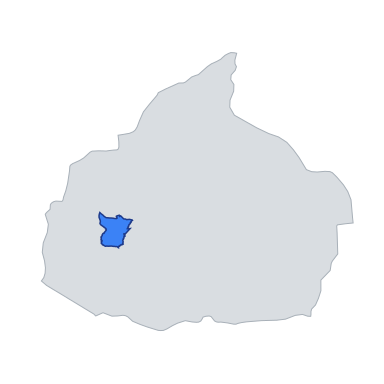 location of Mberengwa, Midlands, Zimbabwe, rotated 85°
{"feature_id": "62879985B72104982716343", "entity_name": "Mberengwa", "entity_type": "district", "adm_level": 2, "iso_a3": "ZWE", "parent_name": "Zimbabwe", "parent_adm1": "Midlands", "projection": "equal_earth", "projection_center": [30.19, -20.689], "detail": "fine", "context": "in_parent", "style": "filled", "palette": "blue", "viewbox_px": 384, "rotation_deg": 85, "n_neighbors": 0, "source": "geoboundaries", "source_scale": "gbopen_adm2", "svg_char_len": 5964}
<svg xmlns="http://www.w3.org/2000/svg" viewBox="0 0 384 384"><g transform="rotate(85 192 192)"><path d="M267.5,349.8L264.4,347.1L260.1,345.4L254.7,344.6L247.7,344.9L239.0,346.4L229.7,344.6L219.8,339.7L211.6,337.9L201.7,340.1L201.3,340.1L199.6,338.5L196.9,334.9L192.4,334.2L191.2,333.4L190.2,332.0L189.5,330.3L189.2,328.4L190.0,322.5L189.6,321.8L188.4,321.1L185.9,320.4L180.0,317.7L172.5,315.1L160.4,312.2L155.7,311.4L154.6,310.6L153.3,308.4L150.9,301.5L148.7,297.0L143.4,290.0L142.6,287.9L142.8,282.3L143.2,277.9L143.7,274.0L143.5,270.5L143.4,266.1L143.5,263.1L142.8,261.8L140.9,260.9L135.5,260.5L129.0,260.7L128.7,256.2L128.1,249.2L126.8,245.2L125.3,243.1L122.3,240.9L116.2,238.0L107.9,233.4L100.8,226.7L92.6,218.4L90.1,216.9L87.0,209.1L82.3,195.6L82.6,191.1L81.9,188.9L77.4,182.3L76.4,178.9L75.6,175.4L68.4,165.7L66.0,161.5L64.1,156.0L62.2,151.7L60.7,149.9L58.6,147.0L57.2,143.6L56.5,141.1L57.0,137.7L57.7,135.4L64.4,137.8L68.1,138.0L71.0,136.8L74.6,138.4L78.8,142.8L83.5,143.6L88.5,140.9L95.2,141.7L103.8,146.1L110.8,147.0L119.2,143.1L126.6,132.3L133.6,122.1L140.5,110.4L144.7,101.0L150.8,93.2L158.8,87.3L167.1,82.3L179.7,76.1L182.2,71.0L183.0,65.5L183.0,57.8L183.7,52.8L185.0,50.5L187.1,48.7L189.8,46.4L198.1,40.5L205.1,36.8L213.6,34.3L222.9,34.3L231.8,34.3L236.9,34.2L237.0,41.7L237.4,50.0L238.4,50.8L245.1,51.0L255.9,51.6L266.4,52.2L273.0,58.2L275.2,59.5L282.2,61.2L291.0,71.3L301.6,72.2L308.9,75.3L315.3,78.8L319.0,83.0L321.4,83.9L324.6,84.2L326.2,84.6L325.8,87.6L323.6,92.6L323.9,99.9L326.8,109.9L327.1,118.7L326.2,134.0L326.1,148.9L326.4,154.2L326.9,157.7L327.5,159.7L327.3,161.9L325.5,168.1L324.1,174.6L324.0,177.3L323.5,179.1L322.4,180.8L317.8,183.8L317.0,185.7L317.0,189.0L317.6,191.9L319.3,192.9L321.3,194.5L322.2,196.7L322.2,198.9L321.5,203.1L319.6,209.9L321.4,217.8L323.4,223.0L326.2,228.9L327.4,232.6L327.3,235.2L326.9,237.7L322.5,248.5L319.4,255.2L315.6,262.4L310.7,266.9L309.4,269.1L308.8,271.6L309.0,277.0L308.7,282.6L304.5,291.2L307.1,298.7L306.4,299.3L305.0,300.4L298.9,308.8L292.7,317.2L288.2,323.4L283.0,330.4L277.3,338.3L272.4,345.0L267.5,349.8Z" fill="#d9dde1" stroke="#a8b0b8" stroke-width="1"/><path d="M238.7,267.5L238.5,267.4L238.6,267.2L238.5,266.9L238.4,266.8L238.4,266.6L238.4,266.4L238.4,266.1L238.3,265.9L238.2,265.7L238.1,265.4L238.0,265.2L237.9,265.1L237.7,265.2L237.6,265.3L237.5,265.5L237.6,265.8L237.4,265.7L237.2,265.6L237.0,265.4L236.9,265.3L236.7,265.4L236.3,265.2L236.2,265.1L235.9,264.9L235.6,264.9L235.1,265.0L234.8,265.2L234.6,265.2L234.2,265.2L233.9,265.2L233.8,264.9L233.4,264.6L233.1,264.4L232.8,264.3L232.7,264.4L232.7,264.5L232.4,264.5L232.2,264.3L232.0,263.9L231.9,263.9L231.8,264.0L231.5,263.9L231.3,263.8L231.3,263.7L231.1,263.6L230.8,263.6L230.4,263.7L230.2,263.5L230.2,263.2L230.2,262.9L229.8,263.1L229.6,263.2L229.4,262.9L229.3,262.6L229.2,262.6L229.0,262.9L228.8,263.2L228.4,263.4L228.2,263.3L227.9,263.4L227.8,263.2L227.7,263.2L227.9,262.3L227.9,262.1L227.6,261.9L227.5,261.7L227.1,261.2L226.9,261.0L226.7,260.8L226.4,260.5L223.0,256.8L223.0,257.5L223.0,257.9L223.0,258.2L223.0,259.1L223.0,259.3L223.0,259.7L222.9,259.7L222.7,259.6L222.4,259.4L222.2,259.2L221.9,258.7L221.7,258.7L221.4,258.8L221.1,258.7L220.9,258.5L220.7,258.5L220.5,258.4L220.4,258.3L220.4,258.0L220.4,257.9L220.1,257.8L219.9,257.9L219.7,257.8L219.5,257.7L219.3,257.7L219.2,257.6L218.9,257.5L218.8,257.2L218.7,257.0L218.5,256.7L218.2,256.5L218.2,256.4L217.8,256.1L217.5,256.1L217.4,256.0L217.2,256.1L217.0,255.8L216.9,255.7L216.9,255.4L216.7,255.4L216.6,255.5L216.4,255.5L216.3,255.4L216.2,255.3L216.1,255.1L215.9,254.9L215.7,254.8L215.6,254.7L215.4,254.4L215.2,254.1L215.1,253.9L215.0,254.0L214.9,254.0L214.7,254.0L214.5,254.5L214.2,255.5L213.8,256.6L213.8,258.6L213.8,259.1L213.8,259.6L213.5,260.1L213.2,260.4L213.0,261.6L212.8,262.4L211.6,263.4L209.8,264.9L209.5,265.2L209.6,265.4L210.0,266.1L209.4,266.3L208.8,266.5L209.2,268.7L209.4,269.1L209.6,269.5L210.2,269.3L210.8,269.1L211.2,268.9L211.4,268.9L211.5,268.9L211.6,269.2L211.8,269.4L211.9,269.6L211.6,271.6L211.5,272.1L211.3,272.5L211.1,273.3L211.1,273.6L210.9,274.5L210.8,275.2L210.8,275.7L210.6,276.9L210.4,277.9L210.3,278.6L210.1,279.8L208.8,281.4L208.8,281.5L207.3,282.7L205.5,284.7L205.2,284.9L204.4,285.6L205.8,286.2L207.1,286.6L209.1,286.8L212.4,285.9L213.8,285.9L214.5,286.2L215.1,286.4L215.6,286.4L217.0,285.5L217.1,285.4L217.3,285.1L217.6,284.7L217.8,284.5L217.9,284.4L218.0,284.3L218.1,284.1L219.1,283.0L219.1,282.9L219.3,282.8L219.3,282.7L219.5,282.6L219.8,282.4L220.1,281.9L220.6,281.3L221.2,281.0L221.3,280.8L221.5,280.8L221.6,281.0L221.7,280.9L222.0,280.7L222.3,280.7L222.6,280.8L222.8,281.0L223.5,281.7L223.6,281.8L223.8,282.0L224.0,282.2L224.2,282.4L224.3,282.5L224.5,282.7L224.7,282.8L224.8,283.0L225.0,283.0L225.3,283.2L225.5,283.3L225.5,283.7L225.5,283.9L225.6,284.3L225.8,284.5L226.1,284.7L226.3,284.8L226.5,285.0L226.8,285.2L227.0,285.2L227.5,285.2L227.6,285.3L227.9,285.5L228.0,285.7L228.1,285.8L228.4,286.1L228.9,286.5L229.0,286.5L229.0,286.4L229.3,286.2L229.5,286.3L229.8,286.6L230.1,286.5L230.4,286.4L230.6,286.4L231.1,286.6L231.4,286.7L231.5,286.8L231.8,286.8L231.8,286.4L232.0,286.2L232.4,286.1L232.7,285.8L232.9,285.8L233.0,285.9L233.0,286.1L233.3,286.3L233.4,286.5L233.5,286.6L233.7,286.4L233.8,286.3L234.1,286.3L234.3,286.5L234.8,286.9L235.0,286.9L235.3,286.8L235.4,286.7L235.5,286.7L236.0,286.1L236.2,285.9L236.3,285.8L236.7,285.8L236.8,285.7L236.8,285.4L236.9,285.2L237.0,285.2L237.1,284.9L237.3,284.9L237.6,284.3L238.5,283.1L238.5,282.7L238.4,282.1L238.5,281.3L238.6,280.7L238.7,280.0L238.8,279.4L238.7,278.8L238.8,278.0L238.8,277.1L239.3,275.2L239.4,274.2L239.5,273.6L239.7,273.2L239.7,272.9L239.8,271.7L240.0,271.2L240.3,270.8L240.8,270.6L241.1,270.1L240.8,270.1L240.4,270.2L240.2,270.2L239.9,270.1L239.7,269.9L239.7,269.7L239.8,269.5L239.8,269.4L239.8,269.2L239.7,269.0L239.7,268.9L239.3,268.8L239.3,268.7L239.2,268.7L238.9,268.3L238.9,268.2L238.7,267.8L238.7,267.6L238.7,267.5Z" fill="#3b82f6" stroke="#1e3a8a" stroke-width="1.5"/></g></svg>